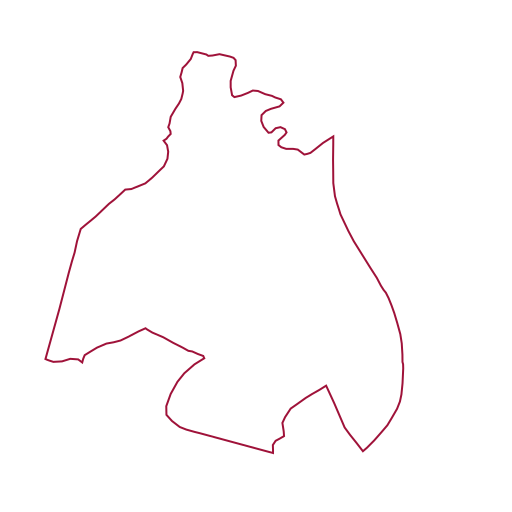 Kracheh, Krâchéh, Cambodia (Mercator projection), rotated 195°
{"feature_id": "14789045B39299844966320", "entity_name": "Kracheh", "entity_type": "district", "adm_level": 2, "iso_a3": "KHM", "parent_name": "Cambodia", "parent_adm1": "Krâchéh", "projection": "mercator", "projection_center": [106.043, 12.483], "detail": "fine", "context": "isolated", "style": "outline", "palette": "rose", "viewbox_px": 512, "rotation_deg": 195, "n_neighbors": 0, "source": "geoboundaries", "source_scale": "gbopen_adm2", "svg_char_len": 2390}
<svg xmlns="http://www.w3.org/2000/svg" viewBox="0 0 512 512"><g transform="rotate(195 256 256)"><path d="M212.3,391.5L220.5,382.6L226.6,374.3L230.1,369.7L232.9,367.9L235.6,366.5L243.2,369.6L247.8,369.1L254.6,367.3L259.7,367.6L263.0,369.0L264.2,373.3L259.5,380.5L258.5,383.3L260.9,386.0L265.7,386.8L270.1,384.5L273.1,379.4L275.8,378.3L282.0,382.6L285.9,387.9L287.1,393.5L284.1,398.6L279.7,402.0L272.0,406.6L269.2,411.2L272.5,413.8L278.5,414.1L282.0,414.8L289.0,414.7L296.8,415.9L301.9,415.0L306.1,411.4L311.9,407.1L318.0,403.9L320.7,405.1L324.1,412.3L325.8,418.6L325.7,429.2L324.7,434.6L326.4,439.9L329.0,441.6L332.7,441.9L343.5,441.5L349.9,438.4L353.9,437.0L356.1,437.8L365.5,437.7L369.0,436.7L369.4,434.7L370.0,429.4L373.0,422.8L375.5,418.6L375.4,413.9L375.5,409.3L371.9,403.9L369.1,396.6L368.9,393.8L368.8,388.3L369.9,383.3L371.9,377.5L374.4,368.4L373.8,361.6L374.1,357.7L371.0,354.4L370.0,351.8L371.8,348.6L372.8,346.1L375.1,343.5L370.6,340.0L367.8,334.0L366.7,327.0L368.2,318.7L370.6,314.8L372.4,311.8L376.5,304.9L381.7,297.5L393.8,288.4L399.5,286.3L402.1,282.1L407.2,274.1L411.5,268.4L421.1,252.6L429.1,241.4L432.3,236.8L432.7,224.1L432.1,212.3L432.4,203.5L432.5,191.4L432.2,154.0L432.7,102.0L430.7,101.7L428.5,101.5L424.3,101.3L416.1,104.0L408.8,108.6L401.0,110.1L396.3,108.2L396.3,112.1L395.8,115.9L390.8,121.2L385.8,126.4L377.8,132.7L371.2,135.8L365.0,139.3L358.9,144.5L349.9,152.8L344.0,157.6L342.3,156.9L336.3,155.2L324.5,153.5L313.6,150.7L303.0,148.5L296.8,146.9L292.9,147.3L286.8,146.3L281.1,145.8L279.5,143.8L281.8,141.4L287.4,135.4L294.9,124.2L299.3,114.2L302.7,100.7L303.8,87.7L301.4,79.4L294.5,74.9L285.4,71.1L278.4,70.3L269.7,70.2L264.3,70.3L188.6,70.1L189.2,72.5L190.8,77.8L189.2,82.6L186.4,85.2L182.3,89.3L183.9,93.9L187.3,101.6L186.2,107.9L183.0,117.6L178.2,123.3L171.3,131.7L166.0,137.3L159.9,143.3L154.7,148.9L142.3,134.0L127.8,115.6L126.0,113.3L118.9,107.6L110.3,101.3L102.2,95.1L99.2,99.5L94.1,108.4L89.3,118.1L85.3,126.5L83.0,134.5L80.2,144.9L79.3,152.7L79.7,159.9L81.5,170.9L82.7,176.4L84.7,185.5L85.9,189.5L87.1,191.6L89.0,198.5L92.6,209.3L96.4,217.9L102.2,227.8L107.7,236.7L112.2,243.2L117.0,249.6L121.1,254.2L123.9,256.2L127.7,259.7L133.6,266.1L142.4,274.1L156.1,286.9L165.4,295.6L173.2,304.0L185.2,318.1L187.5,321.8L191.3,327.7L195.2,334.2L200.2,346.4L203.1,356.9L206.5,369.0L210.4,384.3L212.3,391.5Z" fill="none" stroke="#9f1239" stroke-width="2"/></g></svg>